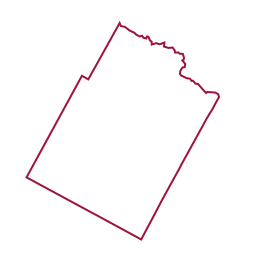 Colfax, New Mexico, United States of America (orthographic projection), rotated 119°
{"feature_id": "52423323B4860055459103", "entity_name": "Colfax", "entity_type": "district", "adm_level": 2, "iso_a3": "USA", "parent_name": "United States of America", "parent_adm1": "New Mexico", "projection": "orthographic", "projection_center": [-105.078, 36.607], "detail": "fine", "context": "isolated", "style": "outline", "palette": "rose", "viewbox_px": 256, "rotation_deg": 119, "n_neighbors": 0, "source": "geoboundaries", "source_scale": "gbopen_adm2", "svg_char_len": 883}
<svg xmlns="http://www.w3.org/2000/svg" viewBox="0 0 256 256"><g transform="rotate(119 128 128)"><path d="M219.1,62.4L186.6,63.0L174.8,63.3L150.7,63.4L136.6,63.4L136.5,63.5L133.9,63.6L122.2,63.6L86.3,63.7L82.4,63.8L70.2,63.3L68.1,63.3L65.6,63.4L56.8,63.4L54.7,65.6L54.7,68.9L58.0,76.0L59.6,76.7L55.6,88.1L56.5,90.5L55.1,94.1L56.0,95.3L54.8,97.6L56.0,100.9L56.3,107.1L55.4,108.8L52.8,109.9L48.7,109.7L47.3,108.0L44.3,108.9L42.5,113.2L41.4,112.4L39.1,113.3L36.6,116.0L38.0,119.0L37.5,120.5L39.2,123.4L37.5,124.7L36.0,128.1L38.3,131.3L39.3,136.0L35.6,137.6L39.4,140.8L40.1,144.4L43.5,147.7L41.1,149.1L40.7,151.3L38.4,154.3L38.8,155.8L40.9,155.5L41.6,158.2L40.5,160.4L42.3,162.2L42.3,166.4L41.6,168.6L42.0,173.6L41.1,179.6L42.2,183.7L40.3,186.2L104.7,186.3L104.7,193.6L162.7,193.2L220.4,192.8L219.8,134.2L219.5,112.4L219.1,62.4Z" fill="none" stroke="#9f1239" stroke-width="2"/></g></svg>